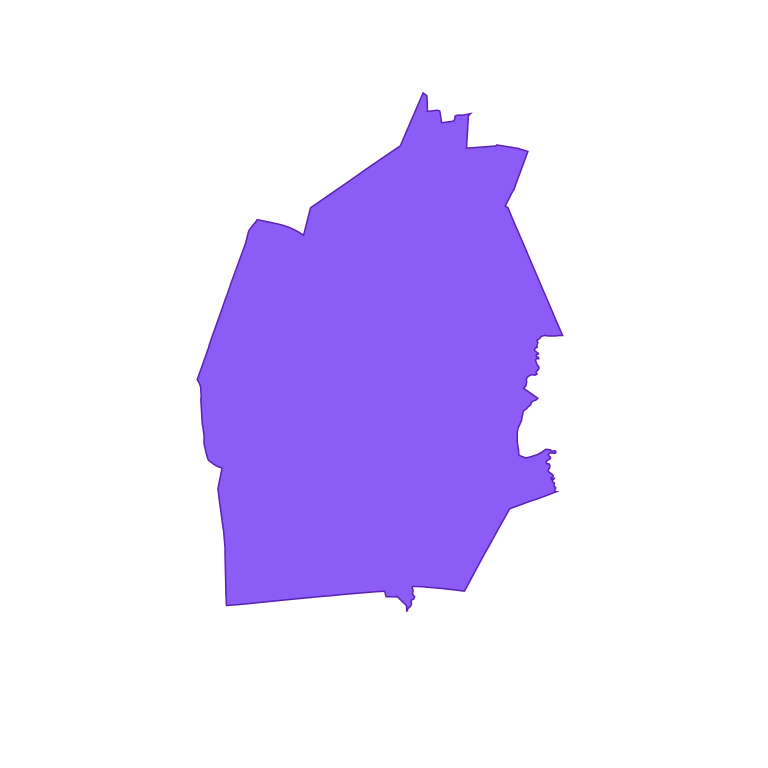 Denta, Timis, Romania, rotated 129°
{"feature_id": "2599482B74915539122054", "entity_name": "Denta", "entity_type": "district", "adm_level": 2, "iso_a3": "ROU", "parent_name": "Romania", "parent_adm1": "Timis", "projection": "robinson", "projection_center": [21.251, 45.352], "detail": "fine", "context": "isolated", "style": "filled", "palette": "violet", "viewbox_px": 768, "rotation_deg": 129, "n_neighbors": 0, "source": "geoboundaries", "source_scale": "gbopen_adm2", "svg_char_len": 5979}
<svg xmlns="http://www.w3.org/2000/svg" viewBox="0 0 768 768"><g transform="rotate(129 384 384)"><path d="M546.0,483.4L547.8,481.0L549.0,479.7L551.9,475.4L552.8,474.1L553.6,472.9L553.8,471.5L553.7,470.8L553.4,464.2L552.9,461.7L551.8,458.4L551.3,456.9L556.5,454.2L567.6,448.4L570.0,447.1L578.3,438.5L581.4,435.2L589.2,426.9L594.1,421.8L599.3,416.0L601.6,413.8L605.6,410.0L612.5,403.4L613.2,403.0L617.9,399.1L637.7,382.3L645.4,375.8L655.3,367.1L654.8,366.6L646.9,358.1L640.8,351.9L614.6,325.5L602.9,313.6L597.6,308.2L587.2,297.6L582.2,292.3L572.9,282.9L565.0,274.7L549.9,258.9L547.2,255.9L544.7,253.0L548.0,248.6L541.7,240.4L540.9,240.4L541.1,237.9L542.1,227.1L546.1,223.5L545.3,223.1L545.0,223.4L544.5,224.0L544.0,224.0L543.3,224.1L542.6,223.9L541.3,223.6L540.3,223.5L539.2,223.7L538.0,224.1L537.3,224.6L536.8,225.0L536.1,226.0L535.7,226.2L534.6,226.7L534.2,226.5L533.8,226.3L533.2,225.9L532.3,225.6L531.4,225.8L530.4,226.1L530.1,226.3L529.8,227.0L529.9,228.0L529.5,229.2L528.6,230.0L527.5,230.7L526.6,231.1L525.7,232.0L525.3,232.5L525.0,233.2L524.4,233.9L524.2,234.3L523.7,234.3L523.3,234.3L515.5,224.1L515.7,223.9L510.5,216.3L506.8,210.8L499.2,198.9L495.4,192.7L494.3,191.1L490.3,191.8L486.2,192.6L471.7,195.4L466.0,196.5L456.5,198.3L449.1,199.6L445.0,200.2L436.9,201.7L421.8,204.4L407.2,206.9L401.8,207.8L401.6,207.6L400.6,207.1L399.1,206.2L398.0,205.4L395.1,203.8L389.6,200.4L387.4,199.2L383.6,196.9L382.5,196.2L380.2,194.7L378.9,193.8L375.8,191.9L370.6,188.8L365.8,186.0L364.1,185.1L359.1,182.1L359.5,182.8L359.9,183.8L359.6,184.0L358.9,184.7L358.3,184.8L357.5,184.9L356.8,185.1L356.5,185.4L356.4,185.9L356.4,187.1L356.3,187.4L356.0,187.9L355.3,188.3L354.2,189.0L353.8,189.4L353.8,189.8L353.9,190.5L353.7,191.4L353.6,191.8L353.1,192.4L352.6,192.4L352.3,192.4L352.1,192.4L351.8,192.4L350.8,192.2L350.1,192.1L350.0,192.3L350.2,192.5L350.6,192.8L351.5,193.2L352.7,193.9L352.7,194.2L352.6,194.8L352.4,194.8L351.8,194.9L351.6,195.0L350.3,194.4L349.8,194.4L349.1,194.6L348.7,194.9L348.5,195.4L348.4,196.1L348.5,196.5L348.3,197.0L348.4,197.4L348.4,198.9L348.6,199.4L348.5,199.8L348.5,200.3L348.5,201.2L348.5,201.4L348.2,201.9L347.7,202.1L347.0,202.2L346.6,202.3L346.0,202.3L345.3,202.5L344.5,202.7L343.9,203.0L343.4,203.4L342.8,204.0L342.3,204.8L342.2,205.3L342.3,205.6L342.8,206.4L343.2,207.0L343.5,207.4L343.4,207.8L343.3,208.3L343.0,208.4L342.0,208.9L341.7,208.9L340.5,208.9L340.1,208.8L339.3,208.5L338.4,208.1L337.5,207.8L337.1,207.9L336.6,208.1L336.2,208.6L336.0,209.1L336.0,209.5L336.1,210.1L336.2,210.5L335.9,211.5L335.6,211.6L335.1,211.8L334.8,211.9L333.4,211.7L333.0,211.4L332.6,211.0L332.1,210.2L331.4,209.0L330.5,207.7L330.1,207.5L329.5,207.4L328.9,207.5L328.6,207.7L328.3,208.2L328.3,208.7L328.6,209.4L329.0,209.9L329.4,210.2L330.3,210.9L330.4,211.1L331.0,212.2L330.9,212.3L330.5,212.8L330.3,213.1L331.5,215.0L332.7,217.0L333.2,217.2L337.7,218.5L342.8,220.6L347.6,223.8L349.9,225.4L350.6,226.0L352.2,227.3L354.5,234.2L351.2,237.4L350.1,238.4L348.7,240.0L346.8,242.2L344.9,244.2L344.4,244.6L341.3,247.1L338.7,249.2L336.5,250.7L335.2,251.3L333.8,252.1L333.3,252.2L329.7,253.1L327.8,253.6L326.1,254.0L324.0,255.2L321.9,256.4L321.7,256.4L321.3,256.6L320.7,256.8L320.4,257.0L320.0,257.4L318.7,257.9L317.2,258.5L316.8,258.5L315.8,258.4L314.7,257.9L313.8,257.7L312.9,257.6L311.8,257.7L311.4,257.6L310.7,257.5L309.8,257.3L309.0,257.1L308.3,257.0L307.8,257.0L307.2,257.2L306.0,257.6L305.5,257.7L305.0,257.7L304.4,257.8L304.0,257.6L303.7,257.5L302.9,257.1L302.1,256.5L301.3,256.1L300.7,255.8L299.4,255.5L298.7,255.5L298.3,255.5L299.4,272.2L299.5,272.7L299.0,272.7L298.3,272.7L296.4,272.5L295.6,272.8L292.5,274.5L290.9,276.3L289.8,276.6L288.6,276.8L287.4,276.7L286.4,276.3L285.5,275.9L284.7,275.7L284.3,275.4L282.6,273.4L282.5,272.4L280.1,271.3L279.7,271.7L279.5,272.1L279.4,272.8L279.4,273.3L275.0,273.2L274.1,273.6L273.6,274.0L273.3,274.4L273.1,274.8L272.9,276.1L272.6,277.3L272.4,277.7L270.6,280.6L270.3,281.2L269.8,281.2L269.6,281.3L268.8,281.4L268.3,281.5L267.8,280.9L267.1,279.6L266.9,279.7L266.4,280.2L266.2,280.7L266.2,281.1L266.5,281.8L266.7,282.2L266.6,282.7L266.1,283.8L265.7,283.8L265.3,283.8L264.7,283.5L264.2,283.1L263.5,282.9L263.1,283.1L263.0,283.4L263.1,284.2L263.3,285.1L263.3,285.3L263.1,286.0L263.2,286.6L263.4,287.6L263.3,287.8L263.1,288.1L261.9,288.8L261.6,288.8L261.2,288.9L258.8,288.1L258.5,288.6L257.9,289.5L255.7,290.1L254.9,290.7L253.7,292.7L253.1,292.5L251.5,291.9L251.0,291.7L250.4,291.6L249.8,291.7L249.1,291.8L247.6,291.5L247.2,291.2L246.4,290.7L245.9,290.1L245.2,289.6L244.5,289.4L244.4,288.2L243.5,286.8L238.8,281.0L236.9,279.2L235.0,277.0L233.9,275.7L228.6,285.9L224.3,294.3L223.1,296.3L217.5,306.9L210.4,320.4L199.5,341.0L196.6,346.5L193.4,352.6L189.4,360.0L185.5,367.5L181.2,375.6L178.7,380.6L174.8,387.9L172.0,393.1L169.0,398.6L169.0,399.2L169.6,401.7L155.9,404.7L153.1,405.2L151.3,405.3L141.7,408.7L133.5,411.4L112.7,418.5L116.5,427.9L116.4,427.9L116.6,428.3L120.5,435.0L126.7,445.8L127.2,446.8L127.7,446.9L128.3,446.9L128.6,446.9L128.8,447.1L134.5,453.1L139.0,457.9L148.8,468.3L143.4,472.2L122.4,487.2L122.2,487.2L119.4,486.9L125.1,491.6L128.8,496.1L130.9,497.4L134.2,495.5L136.4,495.8L144.7,503.6L136.7,512.5L137.7,514.9L144.8,521.7L137.3,528.1L133.0,532.1L133.2,536.8L172.1,525.9L188.6,521.2L214.4,529.0L231.6,534.1L233.5,534.6L244.6,537.7L273.2,546.1L293.2,552.0L319.1,540.1L319.2,542.4L319.7,546.1L320.2,549.2L321.2,553.4L322.1,556.8L323.8,561.4L326.4,567.2L336.0,585.9L337.6,585.8L338.6,585.7L343.2,585.8L344.8,585.8L348.8,585.6L349.8,585.5L350.3,585.4L362.4,579.9L371.2,576.9L381.6,573.3L388.6,570.9L401.3,566.6L414.2,561.8L415.7,561.5L430.6,556.1L452.9,548.3L459.7,545.8L463.1,544.6L465.7,543.4L474.4,540.3L486.2,536.1L498.1,532.0L499.6,528.0L500.6,526.3L502.0,524.3L505.0,521.7L508.3,518.6L510.6,517.1L511.9,516.1L517.9,510.6L525.4,503.8L529.6,499.9L530.7,498.5L533.4,495.5L534.8,494.1L535.9,492.8L537.5,491.3L539.2,489.8L541.1,488.4L542.9,486.9L544.5,485.3L546.0,483.4Z" fill="#8b5cf6" stroke="#5b21b6" stroke-width="1.5"/></g></svg>